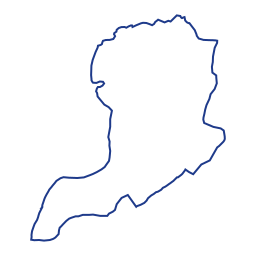 the district of Balanga, Gombe, Nigeria
{"feature_id": "59680162B30817931145163", "entity_name": "Balanga", "entity_type": "district", "adm_level": 2, "iso_a3": "NGA", "parent_name": "Nigeria", "parent_adm1": "Gombe", "projection": "orthographic", "projection_center": [11.616, 9.82], "detail": "fine", "context": "isolated", "style": "outline", "palette": "blue", "viewbox_px": 256, "rotation_deg": 0, "n_neighbors": 0, "source": "geoboundaries", "source_scale": "gbopen_adm2", "svg_char_len": 2747}
<svg xmlns="http://www.w3.org/2000/svg" viewBox="0 0 256 256"><path d="M193.2,174.2L201.3,164.5L209.8,160.4L212.8,155.1L217.2,147.4L219.1,146.0L221.9,143.2L223.3,141.8L224.3,140.4L224.8,138.9L224.7,136.4L224.4,134.5L223.8,130.9L223.7,130.5L220.7,128.4L213.4,126.9L204.2,123.0L203.3,119.6L203.5,117.5L204.4,113.7L205.2,109.6L206.5,105.1L209.4,98.9L210.6,94.2L214.6,89.1L216.8,83.3L216.3,77.8L216.2,75.4L212.4,72.6L211.9,66.8L212.8,62.0L213.0,56.6L214.7,47.8L217.1,42.9L217.2,40.7L215.7,40.4L212.5,40.2L211.2,40.2L208.2,40.1L203.5,39.9L198.7,38.5L196.8,35.8L196.5,34.5L196.1,33.4L195.7,32.5L194.8,30.2L191.8,26.3L189.4,23.1L188.5,23.1L186.9,22.3L185.2,20.5L184.8,18.5L184.5,17.1L183.1,17.5L182.6,17.9L182.0,18.1L181.6,17.9L180.9,17.2L180.3,16.0L176.8,15.4L170.6,21.5L168.3,20.8L164.6,22.4L158.1,19.7L156.9,20.7L155.2,22.0L154.1,23.9L152.1,25.2L149.5,24.1L146.4,23.0L143.0,22.8L141.0,23.3L136.4,25.2L132.5,27.0L132.1,25.5L131.0,25.4L128.8,26.3L126.3,27.7L124.6,27.0L121.4,27.1L118.8,28.0L116.7,29.8L116.4,31.6L114.3,33.1L114.0,34.2L114.6,35.2L115.1,36.2L113.3,39.0L109.7,39.9L105.8,40.0L103.0,40.8L102.4,42.2L101.9,44.1L100.6,45.0L98.0,45.7L97.6,47.7L95.6,52.0L92.7,59.9L91.4,65.6L91.3,69.4L91.1,75.1L91.5,79.1L91.5,80.3L92.3,81.8L93.0,82.7L94.6,82.8L96.5,82.9L99.8,81.5L103.0,81.8L104.1,83.5L102.5,85.6L100.0,87.0L97.9,87.0L96.9,88.5L96.1,91.3L97.1,93.1L97.6,96.5L100.4,99.9L104.3,104.6L108.6,107.1L111.9,110.6L111.9,110.8L110.2,119.1L110.2,126.8L108.3,137.1L109.6,141.5L109.4,145.7L110.2,150.9L110.2,151.0L109.6,157.4L109.5,158.0L109.0,160.9L106.0,165.1L104.7,167.0L101.5,169.4L96.8,172.1L94.3,173.3L93.1,173.9L90.1,175.1L83.9,177.4L80.6,177.7L77.3,178.0L74.8,177.9L68.9,177.7L65.7,177.4L63.5,177.2L60.5,178.2L56.4,180.9L54.8,183.0L52.5,185.7L51.6,186.9L49.3,189.6L48.6,191.0L47.5,192.9L46.6,194.4L45.0,197.5L44.4,199.0L43.3,202.3L42.4,204.9L42.0,207.6L41.9,207.7L42.0,207.7L39.3,213.0L38.4,215.9L38.2,216.8L37.1,219.9L34.6,224.0L33.7,226.4L32.1,231.0L31.9,232.1L31.5,235.0L31.6,236.9L31.6,237.0L31.2,239.7L34.2,240.2L39.1,240.0L44.0,240.6L49.9,240.0L52.9,239.0L53.7,238.6L55.4,237.5L58.6,234.1L59.0,230.3L59.7,227.7L61.0,226.5L63.1,224.2L66.3,220.9L69.2,218.6L71.5,217.7L75.7,216.3L78.5,216.3L82.7,214.9L84.6,214.9L88.3,214.9L88.7,214.9L93.0,214.6L100.4,215.9L107.3,215.9L109.0,213.6L112.8,211.7L115.0,209.9L116.7,204.2L121.6,197.9L127.8,195.0L136.2,206.8L136.8,206.2L140.6,204.8L144.3,202.9L146.6,200.6L148.0,198.2L151.3,195.4L153.7,194.0L156.0,192.2L157.9,191.7L161.1,189.8L162.2,188.6L162.9,187.8L165.4,186.6L167.3,185.3L169.2,183.9L170.0,183.4L172.4,181.6L173.3,181.0L175.2,179.1L177.0,177.3L178.0,177.3L181.2,174.9L182.2,174.0L182.6,173.5L185.0,170.3L185.4,169.5L189.1,172.1L193.2,174.2Z" fill="none" stroke="#1e3a8a" stroke-width="2"/></svg>